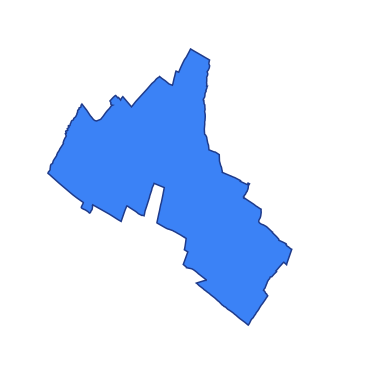 outline of Dodesti, Vaslui, Romania, rotated 230°
{"feature_id": "2599482B41248558558990", "entity_name": "Dodesti", "entity_type": "district", "adm_level": 2, "iso_a3": "ROU", "parent_name": "Romania", "parent_adm1": "Vaslui", "projection": "equal_earth", "projection_center": [27.924, 46.352], "detail": "fine", "context": "isolated", "style": "filled", "palette": "blue", "viewbox_px": 384, "rotation_deg": 230, "n_neighbors": 0, "source": "geoboundaries", "source_scale": "gbopen_adm2", "svg_char_len": 6013}
<svg xmlns="http://www.w3.org/2000/svg" viewBox="0 0 384 384"><g transform="rotate(230 192 192)"><path d="M301.3,241.4L301.1,240.6L301.3,240.3L301.4,239.7L301.5,237.8L301.4,236.6L301.0,235.0L300.9,233.9L300.9,231.0L299.7,223.7L298.5,214.6L297.5,207.2L296.1,200.4L309.5,200.3L309.3,199.0L308.9,197.5L308.3,196.4L308.7,196.4L310.3,196.4L311.6,196.5L311.8,196.4L311.8,195.7L315.0,195.6L315.2,194.7L315.1,192.4L314.5,187.7L313.9,187.5L312.7,187.4L312.3,187.1L311.9,186.6L311.4,186.3L311.1,186.2L310.7,186.3L310.1,186.5L309.6,186.9L309.8,186.2L309.8,185.6L309.7,184.9L309.2,183.0L309.0,181.9L308.8,179.7L308.3,177.1L307.1,172.5L306.4,168.9L306.6,168.0L307.8,164.5L309.2,163.5L310.9,163.1L314.7,163.2L315.5,163.1L322.3,163.9L330.1,164.2L329.9,163.6L329.9,163.0L329.6,162.6L328.8,161.8L328.4,161.1L328.9,160.1L329.0,159.5L328.8,159.2L328.0,158.6L328.1,157.6L328.0,157.0L327.6,156.4L326.5,155.5L326.4,155.3L326.3,154.5L325.5,153.8L325.0,152.5L324.6,151.7L324.4,151.1L324.4,149.2L324.3,148.6L323.6,147.7L323.6,147.0L323.9,146.1L323.9,145.8L323.7,144.9L322.9,143.8L322.7,143.0L322.3,142.5L321.9,142.0L321.5,141.5L321.4,141.1L322.1,140.4L322.2,140.0L322.1,139.6L321.7,139.5L320.9,139.6L320.7,139.4L320.6,138.8L320.6,138.1L320.8,137.5L320.8,137.2L320.6,137.0L319.3,136.7L319.1,136.3L319.1,135.9L319.5,135.5L319.7,134.9L319.8,134.4L319.4,134.0L318.8,133.9L317.9,133.8L317.8,133.6L317.8,133.3L318.2,132.8L318.1,132.4L317.3,132.3L316.9,132.0L315.8,131.7L315.4,130.9L314.9,129.2L314.1,127.5L313.7,126.7L312.4,124.8L311.8,124.7L309.9,118.3L309.2,117.0L308.3,113.9L307.7,113.1L307.7,112.7L307.0,111.9L306.6,110.8L305.7,107.7L305.1,105.9L304.6,105.1L304.0,104.2L303.6,103.7L303.6,102.9L303.7,102.3L303.8,101.9L303.6,101.4L303.4,100.8L303.0,100.5L302.5,99.8L301.9,99.3L301.4,98.6L300.5,97.9L300.1,97.2L299.8,96.1L299.6,94.8L299.0,93.7L298.5,93.7L297.3,94.0L283.9,95.9L266.4,98.9L261.5,100.0L253.9,102.0L253.6,101.9L253.4,101.5L251.7,97.7L251.3,97.2L250.9,97.1L249.7,97.4L248.1,98.1L247.0,98.7L244.1,99.6L242.9,99.8L242.2,99.8L241.6,100.1L241.6,101.0L242.5,102.8L242.7,104.0L243.1,104.6L245.0,106.7L245.8,107.1L246.0,107.8L245.3,108.0L237.6,110.9L228.0,114.5L224.6,115.6L218.8,117.4L215.0,118.8L221.0,128.8L223.2,133.0L223.0,133.3L222.1,133.7L220.2,134.2L213.5,136.3L211.8,136.7L209.8,137.0L206.3,138.5L206.0,138.9L205.9,139.2L204.6,140.0L204.8,140.2L205.3,141.0L207.6,143.8L210.1,147.9L215.5,156.4L215.9,156.7L219.1,161.9L219.5,162.5L220.4,163.6L221.0,164.6L222.0,166.8L223.0,168.5L213.2,173.6L208.7,168.1L203.6,161.7L202.5,160.0L198.3,154.8L196.3,152.1L194.4,149.7L191.3,145.7L190.9,145.3L190.7,145.3L181.7,148.6L179.8,149.4L179.1,149.8L178.3,150.4L174.7,152.5L173.4,152.9L172.2,153.5L169.9,154.3L166.6,155.6L163.7,156.5L162.4,157.1L162.3,156.9L160.2,157.7L155.3,152.3L153.7,150.4L152.7,149.0L148.8,150.3L142.1,138.7L138.0,139.4L137.6,139.1L136.6,139.9L133.8,142.1L133.0,142.6L132.0,143.0L130.3,143.5L127.5,144.1L125.1,144.4L117.8,146.0L115.6,146.5L115.2,146.0L115.8,145.3L116.6,143.5L119.2,137.4L119.4,136.8L118.7,137.0L115.7,137.3L110.8,138.4L109.3,138.5L108.1,138.9L106.0,139.3L103.3,140.0L101.7,140.2L101.0,140.3L97.9,141.0L97.0,141.2L96.0,141.4L93.4,141.7L91.9,141.9L90.9,142.2L86.1,142.5L84.8,142.9L83.6,143.0L82.7,143.5L82.4,143.7L79.3,144.0L76.2,145.0L72.6,145.9L70.9,146.1L69.8,146.4L66.4,146.9L64.2,147.3L58.4,148.7L53.9,149.5L54.0,150.1L54.4,151.4L56.0,155.0L56.3,156.3L56.4,158.0L56.5,158.4L57.0,159.7L57.7,162.5L58.2,163.5L58.7,165.9L59.3,168.0L60.0,169.6L60.3,171.0L60.6,171.3L60.9,172.7L61.2,174.3L62.1,177.5L62.6,179.4L63.1,180.7L63.5,182.5L63.8,183.3L64.5,183.3L66.1,183.6L66.9,183.3L68.4,183.7L69.3,183.8L69.8,183.8L70.6,183.5L71.2,184.6L71.4,186.0L72.6,188.2L73.0,189.0L73.3,189.3L73.7,190.4L73.9,190.7L74.7,191.9L75.3,193.5L75.6,194.3L75.7,195.7L76.4,196.9L76.6,197.2L76.6,197.4L75.9,198.4L75.8,198.7L76.3,202.0L76.4,203.2L76.6,205.6L77.6,205.6L77.7,206.7L78.5,211.2L79.0,214.8L79.2,216.3L79.2,217.2L75.5,217.7L76.4,218.9L79.2,223.6L84.0,231.6L84.8,231.2L87.1,230.7L87.7,230.7L88.3,230.5L88.8,230.2L90.3,230.0L90.6,230.4L91.6,230.3L91.9,230.8L94.8,229.6L99.2,227.5L99.9,228.1L102.6,228.1L105.4,227.9L105.7,227.8L109.3,227.5L109.5,227.9L110.2,227.7L117.0,226.9L117.6,226.8L121.1,225.5L121.3,225.3L122.7,224.5L123.9,224.1L125.3,223.8L126.6,224.2L127.3,225.0L127.9,226.3L128.4,227.7L129.6,229.4L131.9,231.9L133.7,233.2L134.4,233.9L135.3,233.5L138.0,232.7L138.9,232.5L139.2,232.3L139.8,232.1L143.1,231.4L150.8,229.1L153.4,228.4L153.3,228.0L153.5,227.9L154.2,227.7L154.6,228.0L155.1,228.2L155.2,228.3L155.0,228.8L155.5,229.2L155.6,229.5L155.6,229.8L155.9,230.4L155.9,230.6L155.8,230.8L156.0,231.7L156.5,232.4L156.6,233.2L157.0,233.7L157.0,234.5L157.2,234.8L157.5,235.2L158.1,236.5L158.7,237.1L158.7,237.3L158.9,237.6L160.0,238.6L160.9,239.9L161.3,241.3L162.8,240.7L162.1,239.2L163.4,238.5L169.2,235.8L169.5,236.5L175.6,234.0L176.6,233.4L187.6,227.8L188.0,228.2L188.5,228.6L189.6,229.1L191.9,230.4L192.7,230.7L193.7,230.9L198.0,232.9L203.1,236.9L206.4,235.9L207.6,235.5L208.7,234.6L213.4,232.1L217.2,234.7L219.6,235.6L223.3,237.7L224.6,238.5L226.8,239.0L228.1,238.8L230.2,240.3L232.3,241.9L235.7,245.3L237.7,246.9L238.4,247.9L240.4,249.8L241.6,250.9L243.2,252.1L245.7,253.5L246.5,254.7L247.1,255.3L248.2,256.0L250.5,257.8L251.9,258.0L253.2,259.0L253.8,259.3L254.1,259.6L254.3,259.4L254.7,259.6L254.9,260.0L255.4,259.9L256.0,260.7L256.2,261.6L256.6,262.7L257.6,263.9L259.2,265.4L260.1,267.5L260.3,267.8L260.8,267.8L261.2,268.5L261.4,269.0L261.7,269.4L261.8,269.7L262.0,270.1L263.1,271.4L263.2,271.8L263.8,271.3L264.5,272.1L265.1,272.6L266.5,273.5L267.3,274.4L268.1,275.1L269.5,276.3L270.5,277.0L271.5,279.1L271.9,279.6L272.8,280.3L273.5,280.5L274.5,281.0L274.9,282.8L275.9,284.9L276.7,285.9L277.4,286.7L279.1,287.2L279.7,287.6L280.8,288.9L281.8,290.3L302.5,282.8L301.5,280.5L299.0,274.3L298.2,271.2L296.7,267.8L294.6,263.3L292.3,258.8L294.9,257.5L294.2,256.3L292.1,253.6L290.7,251.5L287.3,247.1L286.4,245.6L289.4,243.9L294.5,243.0L298.1,242.0L301.3,241.4Z" fill="#3b82f6" stroke="#1e3a8a" stroke-width="1.5"/></g></svg>